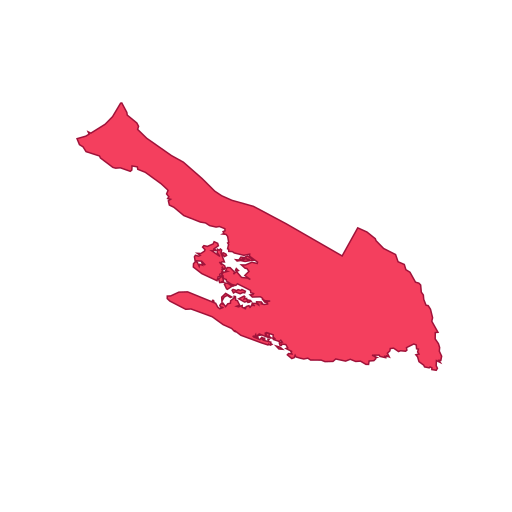 Buton Utara, Sulawesi Tenggara, Indonesia, rotated 116°
{"feature_id": "22746128B51044624823813", "entity_name": "Buton Utara", "entity_type": "district", "adm_level": 2, "iso_a3": "IDN", "parent_name": "Indonesia", "parent_adm1": "Sulawesi Tenggara", "projection": "equal_earth", "projection_center": [123.089, -4.753], "detail": "fine", "context": "isolated", "style": "filled", "palette": "rose", "viewbox_px": 512, "rotation_deg": 116, "n_neighbors": 0, "source": "geoboundaries", "source_scale": "gbopen_adm2", "svg_char_len": 6138}
<svg xmlns="http://www.w3.org/2000/svg" viewBox="0 0 512 512"><g transform="rotate(116 256 256)"><path d="M229.0,468.3L233.3,463.5L233.7,459.3L236.7,454.5L234.7,440.5L236.1,438.8L239.1,423.5L238.6,420.7L236.2,416.6L235.0,406.1L233.2,405.3L229.4,406.9L227.9,401.7L229.9,400.3L229.3,392.2L232.7,372.8L235.1,364.9L235.6,363.8L239.4,363.6L241.0,360.3L243.1,360.6L242.5,357.7L244.8,359.0L248.2,356.2L248.2,351.2L251.3,338.6L249.9,320.9L248.4,315.9L249.0,311.0L247.5,304.6L245.5,301.8L245.1,295.9L247.0,294.9L248.5,296.3L249.8,294.7L250.8,295.5L249.7,292.4L250.8,290.1L255.8,286.5L256.7,287.2L257.6,285.7L262.0,284.7L262.0,283.5L263.8,282.5L262.4,279.1L262.8,276.9L260.7,267.2L257.1,262.5L259.0,261.7L260.8,251.9L262.2,251.6L263.4,256.9L268.7,261.6L270.4,265.2L271.8,260.3L271.2,258.8L272.9,255.6L278.4,257.5L279.6,250.8L279.6,254.0L281.6,259.6L278.5,266.8L282.2,268.2L279.9,268.2L277.8,274.2L279.0,276.8L282.6,276.9L282.3,274.9L285.4,278.4L288.3,278.5L288.1,277.1L290.5,275.4L290.2,272.4L291.4,271.7L292.2,265.5L291.3,261.3L289.1,260.5L289.3,245.9L291.3,244.6L290.8,241.7L292.1,241.8L293.5,244.2L294.5,241.3L290.7,234.1L291.2,231.4L292.1,231.1L292.2,228.4L290.3,223.5L292.0,226.1L292.6,229.9L293.6,228.0L293.1,225.1L294.1,224.5L296.1,227.5L296.6,230.2L295.7,229.7L295.0,231.1L296.9,235.4L298.1,234.7L298.2,232.5L298.9,232.0L298.5,235.0L300.2,238.6L302.1,238.3L301.1,237.3L301.3,235.2L301.5,237.3L304.3,239.3L305.2,238.2L303.7,240.6L305.7,242.6L308.1,242.5L308.2,243.7L307.8,242.7L307.2,243.4L308.2,244.5L308.0,246.1L306.5,246.7L309.4,249.4L309.7,251.4L307.4,249.1L304.3,253.1L304.6,254.9L301.5,256.7L301.8,258.0L303.4,257.3L307.4,259.2L309.6,258.3L311.3,260.4L314.8,261.1L312.9,265.0L313.8,264.5L313.9,266.4L316.2,266.9L317.3,265.6L316.8,263.5L316.9,263.2L319.3,265.4L318.8,267.9L316.2,271.5L318.2,301.7L322.3,309.5L329.3,315.2L330.9,318.2L333.2,317.1L334.3,313.6L334.7,295.8L332.1,291.2L329.8,268.7L332.1,255.4L331.8,246.1L333.1,242.5L333.1,240.7L332.3,242.8L333.9,234.9L331.7,213.1L330.7,206.2L329.7,206.1L329.8,204.0L328.4,202.9L328.2,204.4L326.9,204.9L328.5,212.3L327.9,214.5L326.7,214.0L326.5,215.1L329.4,215.9L329.8,222.8L329.2,223.9L329.2,221.9L326.8,221.8L328.6,220.5L328.2,218.6L326.8,219.8L325.6,217.9L325.5,219.3L324.6,218.9L324.0,211.0L322.6,213.0L321.3,213.9L320.1,212.9L319.3,206.0L321.3,205.1L322.2,202.1L322.7,204.7L323.4,203.7L322.6,197.4L320.8,196.8L321.9,194.6L324.0,196.9L325.7,195.3L325.2,193.9L323.9,194.2L322.5,190.4L324.6,187.2L326.0,188.5L326.1,181.5L326.4,183.0L328.3,180.8L329.4,184.0L331.1,184.5L332.5,178.9L330.6,177.1L328.1,177.3L329.2,175.8L328.4,171.2L327.6,167.9L325.1,164.6L325.6,161.4L321.0,151.8L320.7,147.7L317.0,140.6L313.6,139.2L311.2,129.4L307.5,126.0L307.1,120.2L304.7,116.0L305.2,109.7L304.1,107.3L300.8,108.3L298.4,104.2L295.8,103.3L294.9,104.2L294.2,103.1L294.3,108.2L291.1,101.9L291.9,100.6L290.6,95.1L289.7,96.1L289.3,94.5L288.5,94.9L288.3,92.0L285.8,95.3L282.6,94.1L280.3,94.8L278.5,91.9L279.4,86.0L277.8,84.6L276.0,79.8L274.5,79.1L272.4,80.6L265.9,75.6L265.7,73.0L269.0,71.0L268.5,69.2L271.4,68.7L272.7,66.6L274.7,69.0L275.8,66.6L279.5,63.2L280.6,57.4L281.8,55.9L280.6,51.3L279.4,50.9L279.4,48.9L281.0,48.2L279.7,43.9L277.4,43.7L275.7,45.9L270.9,48.0L270.9,43.7L269.6,45.8L268.8,44.1L264.7,45.2L261.2,49.5L257.8,50.8L254.8,53.6L252.0,58.6L246.2,61.3L244.8,59.0L237.6,69.4L234.1,70.2L227.4,75.8L225.1,79.5L225.7,81.6L221.5,86.2L217.7,88.5L216.0,91.6L209.9,95.3L209.0,97.7L209.6,101.2L203.1,110.5L202.6,115.3L198.6,119.0L198.9,125.8L193.5,131.2L193.3,144.6L189.6,154.9L188.2,156.3L185.8,166.8L186.1,176.9L218.2,178.6L213.8,242.9L212.5,280.1L216.5,302.0L216.9,313.2L215.8,321.5L210.0,338.5L203.5,362.4L202.8,376.1L198.1,405.8L194.1,417.9L190.9,418.4L188.7,421.4L185.8,433.5L183.6,435.0L177.3,443.7L178.0,444.7L193.6,446.0L203.6,449.3L218.0,458.3L218.0,461.3L219.6,459.4L222.9,461.5L229.0,468.3ZM282.0,279.7L280.3,278.2L278.6,279.8L278.0,283.5L278.7,283.5L277.7,285.9L277.5,286.3L277.8,284.7L276.1,284.0L275.2,281.8L268.6,288.8L265.7,289.5L265.3,291.1L267.0,291.6L266.8,293.6L269.9,292.4L272.2,288.2L270.7,298.3L269.7,296.4L268.1,297.0L263.3,294.3L261.4,296.0L261.5,299.9L263.9,299.8L268.7,303.9L269.5,307.4L271.4,307.9L272.7,304.6L274.1,304.4L277.9,306.6L279.3,309.9L279.9,306.4L281.4,307.6L281.9,310.8L283.7,311.0L286.9,308.7L284.5,302.6L286.3,297.6L286.2,301.3L287.7,299.9L288.1,302.9L290.3,302.5L287.6,305.7L287.2,307.8L290.3,308.8L293.4,307.5L295.6,297.0L295.3,280.2L291.2,280.9L290.0,279.2L288.4,280.6L285.8,279.0L285.0,280.4L285.4,279.1L284.6,278.7L283.3,280.5L282.2,279.1L281.9,280.9L281.2,281.5L280.8,281.4L282.0,279.7ZM294.1,250.0L292.3,250.1L292.3,254.0L293.6,254.5L294.1,257.4L295.5,258.0L296.1,262.0L297.3,262.5L299.1,260.0L297.3,258.9L296.9,253.7L294.6,251.8L294.1,250.0ZM299.6,242.1L299.0,240.3L298.4,241.4L299.3,245.1L298.3,245.8L299.9,247.8L297.6,248.0L297.2,249.1L302.0,252.7L302.4,246.1L300.5,243.9L301.3,242.9L300.3,241.6L299.6,242.1ZM298.5,267.1L293.8,264.4L292.9,268.7L293.5,271.2L295.2,272.1L298.4,268.1L298.5,267.1ZM306.9,266.6L304.0,264.6L304.5,260.8L303.5,259.9L302.9,266.9L308.0,268.8L311.4,266.9L306.9,266.6ZM295.8,277.0L293.8,273.6L293.6,275.1L292.7,274.2L288.8,277.6L293.2,279.5L295.8,277.0ZM262.8,263.4L262.0,260.9L262.6,259.2L260.9,256.4L259.7,263.2L261.3,265.0L262.8,263.4ZM266.7,267.4L265.7,263.4L262.7,259.3L262.9,263.9L266.7,267.4ZM323.9,209.3L323.1,205.9L322.4,209.3L320.4,209.5L320.0,211.7L322.1,213.2L323.9,209.3ZM268.5,287.9L270.4,284.2L268.4,282.7L267.5,283.8L267.4,286.6L268.5,287.9ZM328.1,198.4L329.5,194.7L328.2,191.3L327.4,194.5L328.1,198.4ZM263.8,265.3L262.5,265.8L263.6,269.1L266.0,269.5L266.0,267.4L264.2,267.1L263.8,265.3ZM276.8,265.4L275.9,268.2L277.8,268.2L277.9,266.6L276.8,265.4ZM268.2,272.5L268.8,270.8L267.6,269.0L267.2,269.8L268.2,272.5ZM293.2,263.5L292.1,262.4L292.8,264.8L293.2,263.5ZM326.6,213.5L327.2,212.4L326.9,211.7L326.1,212.2L326.6,213.5ZM260.0,258.9L260.7,256.2L260.5,255.5L260.0,256.8L260.0,258.9ZM326.6,207.8L325.4,207.7L325.7,208.7L326.6,207.8ZM268.7,296.0L269.0,294.9L268.4,294.5L268.1,295.3L268.7,296.0ZM315.6,273.5L314.6,274.7L315.0,276.1L315.2,274.3L315.6,273.5Z" fill="#f43f5e" stroke="#9f1239" stroke-width="1.5"/></g></svg>